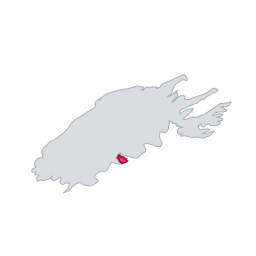 Grýtubakkahreppur, Norðurland eystra, Iceland (highlighted), rotated 158°
{"feature_id": "244011B60639573794911", "entity_name": "Grýtubakkahreppur", "entity_type": "district", "adm_level": 2, "iso_a3": "ISL", "parent_name": "Iceland", "parent_adm1": "Norðurland eystra", "projection": "robinson", "projection_center": [-18.134, 65.987], "detail": "fine", "context": "in_parent", "style": "filled", "palette": "rose", "viewbox_px": 256, "rotation_deg": 158, "n_neighbors": 0, "source": "geoboundaries", "source_scale": "gbopen_adm2", "svg_char_len": 5433}
<svg xmlns="http://www.w3.org/2000/svg" viewBox="0 0 256 256"><g transform="rotate(158 128 128)"><path d="M194.4,95.7L196.6,95.8L200.2,95.0L205.3,92.5L207.5,91.9L212.5,91.9L206.5,94.3L204.3,97.0L202.7,98.3L202.7,98.8L207.0,100.5L209.0,99.9L209.9,100.1L210.8,100.9L211.4,102.4L211.0,103.9L209.9,105.5L208.2,106.8L208.5,107.2L209.8,107.5L216.8,106.7L217.7,108.6L218.3,109.2L218.2,109.9L215.4,111.9L218.7,110.6L221.3,110.3L225.8,110.9L227.6,111.7L228.7,113.0L230.9,112.6L232.0,113.3L232.0,114.1L231.1,116.3L228.5,117.4L230.2,119.0L231.5,119.0L231.8,119.4L231.6,120.3L229.6,121.4L233.0,122.7L233.5,123.1L233.3,124.5L232.8,125.3L231.8,125.8L229.4,125.9L227.9,126.4L228.4,127.3L228.0,129.8L226.2,131.8L224.4,132.9L222.7,133.6L217.8,132.8L218.0,134.6L216.3,135.7L216.6,136.6L217.3,137.0L217.0,138.2L214.8,140.6L213.3,141.4L210.1,142.3L205.7,144.5L201.1,144.5L189.9,147.6L185.4,149.3L177.5,154.3L174.2,155.7L168.4,156.3L151.1,159.6L149.2,161.6L149.1,162.0L149.8,162.8L148.5,164.2L145.9,165.3L144.7,165.2L142.5,164.4L142.2,164.8L143.1,165.9L134.6,167.6L122.8,166.7L112.5,164.2L104.2,163.7L98.4,160.3L98.3,159.7L98.9,158.7L101.1,158.3L100.1,157.2L96.5,159.0L95.4,159.0L93.9,158.3L93.9,157.5L90.9,157.3L85.9,155.1L85.6,154.6L86.8,153.9L86.6,153.7L83.8,153.8L79.8,155.8L56.1,156.6L55.4,155.6L54.5,151.7L55.4,150.0L56.4,150.2L59.1,152.4L65.4,151.2L68.0,150.3L70.5,148.2L71.8,147.5L73.8,144.8L75.8,143.1L79.8,142.3L76.3,141.8L70.3,144.0L68.3,144.0L69.2,143.1L71.3,142.0L69.9,141.9L69.4,141.4L69.3,140.4L70.4,138.8L77.5,135.9L75.9,135.3L71.0,137.6L67.4,138.3L64.6,137.3L63.2,136.0L63.3,135.4L65.1,133.6L64.8,133.3L63.7,133.1L60.6,131.5L55.7,131.7L43.5,130.8L34.3,133.0L32.1,132.0L30.4,129.7L30.8,128.9L32.4,128.4L36.9,128.5L43.5,127.4L46.6,126.1L47.8,126.5L48.3,127.1L52.4,126.1L54.6,125.0L58.2,125.6L72.0,125.0L73.8,123.6L74.6,121.9L74.3,121.5L69.2,123.1L68.0,123.1L62.2,122.2L60.1,121.3L60.9,120.6L64.0,119.0L72.0,116.3L73.1,115.7L73.2,115.1L70.1,114.0L64.2,114.3L62.8,112.9L57.9,112.1L54.6,112.6L52.9,111.8L33.5,116.1L27.3,114.1L22.9,113.8L22.5,113.2L25.2,111.3L27.0,110.9L28.8,111.1L32.1,112.4L34.5,112.8L31.6,110.9L31.5,109.1L30.7,108.6L29.8,107.4L30.2,106.9L33.7,107.2L39.3,109.3L42.1,109.0L45.7,107.6L37.7,106.8L35.3,105.1L37.1,104.3L41.2,104.4L36.7,101.5L36.6,101.0L37.4,99.7L43.1,100.8L40.2,99.1L40.1,98.7L41.0,98.4L41.5,97.3L43.0,96.9L45.9,97.3L50.3,99.3L51.0,99.8L51.1,101.8L52.9,101.5L55.0,101.8L56.8,100.4L58.0,100.7L58.9,102.0L58.7,104.7L60.0,103.7L62.1,103.7L62.5,101.4L62.2,99.7L55.3,97.6L52.7,96.1L53.0,95.6L54.4,95.2L61.6,94.8L58.5,93.9L57.8,93.0L52.3,93.3L49.6,93.0L49.5,92.5L50.7,91.9L54.0,90.5L60.3,90.3L62.9,90.7L67.6,93.8L71.5,95.0L77.9,99.2L82.1,100.8L82.2,101.2L81.5,101.6L79.9,102.2L82.4,102.9L83.8,104.0L83.9,104.5L82.5,107.8L80.9,108.9L77.0,108.2L77.9,109.3L80.6,110.4L81.2,111.1L80.8,111.7L82.1,111.5L82.6,111.9L81.9,113.8L81.2,114.4L83.5,114.8L85.1,115.8L86.9,119.6L88.0,116.6L88.6,115.6L89.5,115.2L90.7,112.2L93.4,110.4L95.8,109.7L98.3,111.8L100.1,112.0L102.1,108.4L102.3,105.7L101.8,102.7L102.2,100.6L103.5,99.3L105.1,98.9L108.6,100.2L111.4,103.1L115.7,106.3L118.8,107.1L119.3,107.0L119.8,106.0L119.5,101.8L120.9,99.5L124.5,99.0L130.0,96.9L131.2,96.8L133.9,98.0L138.7,102.3L142.1,104.3L143.9,107.4L144.7,108.0L145.4,107.0L145.5,105.6L141.4,99.1L141.3,98.2L141.7,97.5L149.2,97.8L150.9,98.6L156.0,102.3L158.6,100.8L163.6,96.4L165.4,96.5L169.7,98.3L171.4,98.1L176.4,96.5L177.5,94.5L175.3,90.3L176.2,89.5L180.8,88.4L185.8,88.6L191.1,92.5L191.4,94.3L194.4,95.7Z" fill="#d9dde1" stroke="#a8b0b8" stroke-width="1"/><path d="M146.3,106.3L147.5,106.4L147.5,106.2L147.4,105.9L147.3,105.5L147.4,105.4L147.7,105.2L148.9,104.7L148.5,104.6L148.7,104.4L148.8,104.3L148.8,104.0L148.8,103.9L149.0,103.7L148.9,103.5L148.7,103.0L148.3,103.1L148.1,103.1L147.9,102.9L147.7,102.9L147.6,102.6L147.7,102.3L147.9,102.1L148.2,101.9L148.4,101.8L148.4,101.7L148.5,101.4L148.4,101.3L148.4,101.2L148.2,100.9L148.2,100.7L147.9,100.4L147.9,100.2L148.0,100.2L148.4,99.9L148.1,99.7L147.8,99.7L147.7,99.7L147.4,99.4L147.2,99.4L147.0,99.2L147.1,98.9L147.4,98.8L147.5,98.7L147.3,98.6L147.2,98.4L147.3,98.4L147.2,98.4L147.1,98.2L146.9,98.2L146.7,98.1L146.7,97.9L146.7,97.7L146.6,97.8L146.4,97.8L146.2,97.9L145.9,97.8L145.8,97.7L146.0,97.5L145.9,97.5L145.7,97.4L145.4,97.3L145.2,97.3L145.1,97.5L144.9,97.6L144.7,97.6L144.6,97.4L144.5,97.2L144.4,97.2L144.1,97.2L143.9,97.2L143.6,97.2L143.3,97.2L143.2,97.1L142.9,97.1L142.7,97.1L142.4,97.1L142.2,97.1L142.0,97.3L141.9,97.3L141.7,97.4L141.6,97.5L141.4,97.5L141.4,97.8L141.3,98.0L141.3,98.3L141.2,98.4L141.3,98.5L141.2,98.5L141.3,98.6L141.4,98.8L141.5,98.8L141.5,99.0L141.7,99.3L141.7,99.5L141.7,99.8L141.6,100.0L141.8,100.0L141.9,100.3L142.0,100.4L141.9,100.4L142.0,100.5L142.1,100.8L142.1,101.0L142.3,101.2L142.3,101.3L142.4,101.5L142.5,101.6L142.7,101.8L142.8,101.9L142.9,102.0L143.0,102.0L143.3,102.2L143.4,102.3L143.5,102.3L143.8,102.5L143.8,102.8L143.6,102.8L143.5,103.0L143.4,103.0L143.5,103.1L143.5,103.3L143.8,103.5L144.0,103.6L144.3,103.7L144.8,103.8L144.8,103.7L144.7,103.6L144.5,103.4L144.6,103.5L144.7,103.4L144.8,103.4L144.8,103.5L145.0,103.5L144.9,103.7L145.0,103.7L145.0,103.8L145.2,104.0L145.3,104.0L145.6,104.1L145.5,104.3L145.8,104.4L145.8,104.5L146.0,104.8L145.9,104.9L146.1,104.9L146.1,105.0L146.2,105.3L146.3,105.3L146.3,105.5L146.2,105.6L146.2,105.8L146.4,105.9L146.4,106.0L146.2,106.2L146.3,106.2L146.3,106.3L146.3,106.3Z" fill="#f43f5e" stroke="#9f1239" stroke-width="1.5"/></g></svg>